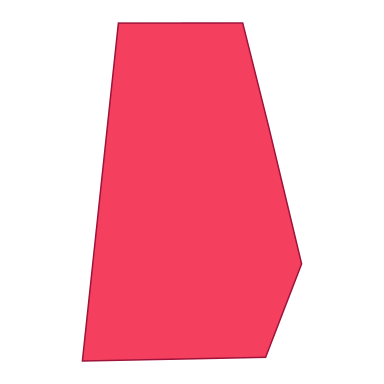 Aswan City, Aswan, Egypt (Natural Earth projection)
{"feature_id": "37247803B88895964793077", "entity_name": "Aswan City", "entity_type": "district", "adm_level": 2, "iso_a3": "EGY", "parent_name": "Egypt", "parent_adm1": "Aswan", "projection": "natural_earth1", "projection_center": [32.989, 24.068], "detail": "fine", "context": "isolated", "style": "filled", "palette": "rose", "viewbox_px": 384, "rotation_deg": 0, "n_neighbors": 0, "source": "geoboundaries", "source_scale": "gbopen_adm2", "svg_char_len": 213}
<svg xmlns="http://www.w3.org/2000/svg" viewBox="0 0 384 384"><path d="M265.6,357.3L301.6,263.9L268.8,127.3L242.7,23.0L118.4,23.1L82.4,361.0L265.6,357.3Z" fill="#f43f5e" stroke="#9f1239" stroke-width="1.5"/></svg>